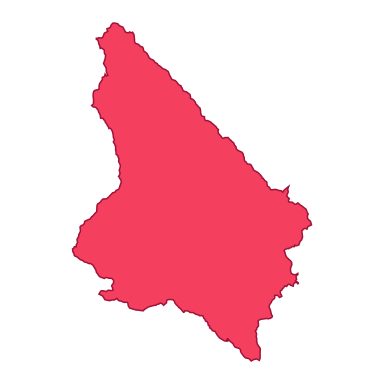 outline of Van Yen, Yên Bái, Vietnam
{"feature_id": "81297802B29692958480362", "entity_name": "Van Yen", "entity_type": "district", "adm_level": 2, "iso_a3": "VNM", "parent_name": "Vietnam", "parent_adm1": "Yên Bái", "projection": "natural_earth1", "projection_center": [104.531, 21.931], "detail": "fine", "context": "isolated", "style": "filled", "palette": "rose", "viewbox_px": 384, "rotation_deg": 0, "n_neighbors": 0, "source": "geoboundaries", "source_scale": "gbopen_adm2", "svg_char_len": 5970}
<svg xmlns="http://www.w3.org/2000/svg" viewBox="0 0 384 384"><path d="M105.2,58.7L103.5,63.5L106.2,68.1L106.3,71.6L107.8,75.4L106.3,75.9L105.1,74.1L104.7,76.0L104.0,76.7L102.3,77.4L102.3,79.6L99.7,83.5L99.1,85.6L99.1,88.9L97.9,89.6L95.0,90.3L93.7,91.4L93.2,93.5L93.1,96.3L93.6,99.9L93.4,103.0L93.6,103.8L91.6,105.5L92.7,106.6L93.8,107.1L94.9,107.1L96.6,108.0L97.2,109.2L98.1,109.9L98.6,112.0L100.1,114.6L100.6,118.2L103.2,118.5L103.8,119.8L104.9,120.6L105.3,122.3L106.7,123.9L107.1,125.0L108.8,127.7L108.9,128.5L109.9,128.2L110.9,128.8L112.2,131.0L113.0,133.8L113.4,137.6L114.5,139.9L113.5,141.3L113.4,142.3L114.7,144.0L115.1,145.6L115.7,146.1L115.5,147.5L115.8,148.4L115.5,149.7L116.1,152.1L116.0,154.0L116.5,154.8L117.5,155.1L118.0,155.6L117.9,156.7L118.9,158.7L118.6,161.5L120.2,164.9L120.3,166.7L119.2,170.4L119.9,172.2L119.9,174.4L118.5,176.5L119.3,177.2L119.7,178.5L120.8,179.5L121.3,182.7L120.7,183.6L119.1,188.6L118.6,189.3L116.2,190.4L114.7,192.3L112.6,192.8L108.9,196.8L106.9,198.5L105.9,198.9L102.9,199.0L101.3,200.6L100.7,201.8L98.4,203.6L97.6,203.9L97.0,205.6L96.7,211.8L95.2,213.1L93.1,215.7L91.7,216.7L90.0,219.1L88.5,219.5L84.8,221.3L84.2,223.6L83.8,224.1L82.8,225.1L81.3,225.5L80.0,227.0L80.5,231.2L78.8,234.6L78.7,236.2L77.0,239.4L77.5,242.6L76.2,245.0L76.3,246.7L74.5,246.7L74.0,247.3L73.9,248.0L72.5,249.0L73.0,252.1L73.9,253.3L74.2,255.2L75.2,256.3L76.5,256.5L80.4,259.7L82.5,260.4L84.6,262.1L86.0,262.2L88.9,263.6L90.7,263.6L93.0,265.2L95.9,270.2L96.5,272.6L97.6,273.6L98.4,275.2L99.9,276.8L104.3,278.5L106.1,277.4L109.2,278.3L111.0,278.2L112.4,279.0L113.6,280.3L113.5,283.1L112.2,284.7L111.7,285.8L111.7,286.4L112.5,287.4L112.5,288.5L113.1,289.5L112.8,290.3L111.9,290.6L108.3,290.2L106.1,291.5L103.2,290.8L101.4,290.8L100.7,291.2L98.9,294.1L102.7,296.0L104.9,299.7L109.6,300.7L112.9,299.8L113.9,300.1L115.8,299.2L116.4,298.5L117.0,298.5L117.9,299.9L119.2,300.8L121.1,301.1L123.8,302.3L127.2,302.4L127.9,303.1L128.2,305.8L128.8,306.5L129.4,307.9L129.9,308.2L136.4,310.1L136.9,309.8L138.2,310.2L143.0,310.8L143.5,310.7L144.2,309.6L148.5,306.9L154.5,305.3L156.1,305.2L157.2,304.3L158.8,304.1L160.2,303.0L162.4,303.9L163.6,305.3L166.5,302.8L166.7,300.6L167.5,299.7L170.6,299.5L173.2,299.8L174.4,301.3L175.0,303.1L176.1,304.5L177.6,305.9L179.1,307.8L180.2,308.3L183.5,312.3L184.1,312.2L184.8,310.9L187.8,310.9L190.3,312.5L193.1,312.6L195.9,314.3L198.4,314.9L199.8,315.8L201.9,315.6L202.8,315.9L204.0,318.5L205.0,319.4L205.5,321.1L206.4,321.2L207.7,322.6L208.4,325.5L209.6,325.9L209.6,327.9L210.7,328.4L212.5,330.7L215.2,331.5L217.3,335.2L219.6,338.0L224.3,340.8L226.8,341.2L228.2,340.8L226.9,339.8L227.3,338.8L227.7,338.6L230.6,341.8L232.9,343.5L233.9,345.5L235.2,347.2L239.4,348.5L239.9,349.0L240.5,349.9L240.5,351.2L241.2,352.8L243.9,356.4L245.5,357.9L249.1,358.7L251.2,361.0L253.6,359.6L256.7,358.9L259.3,360.4L260.1,358.2L260.1,352.0L260.3,349.2L260.1,348.2L257.1,343.8L257.0,342.0L256.6,340.7L256.8,338.7L256.2,336.6L256.6,333.7L255.3,330.7L256.6,329.8L256.8,327.9L258.4,326.2L258.5,324.1L258.0,321.0L259.2,320.0L260.8,319.3L266.6,318.5L268.2,318.8L270.5,318.3L272.1,317.1L272.4,315.9L271.5,314.8L270.4,310.1L269.2,307.1L269.1,306.1L269.7,304.6L271.4,302.2L272.0,300.5L274.3,298.6L274.8,297.4L274.7,295.4L276.9,295.3L277.8,295.5L279.5,297.5L281.8,296.4L281.5,295.1L280.3,293.3L280.4,291.0L282.0,289.8L282.2,288.9L283.4,288.0L284.8,285.9L285.2,285.8L286.3,286.5L287.1,285.9L287.9,284.5L289.8,284.3L290.1,284.4L290.4,285.2L293.2,286.2L293.7,283.8L294.5,282.8L296.3,282.5L297.4,283.1L297.9,283.8L298.4,283.3L298.3,282.9L296.9,281.7L295.8,281.5L295.5,280.8L296.6,279.5L296.0,276.4L297.0,275.1L297.9,274.6L297.8,273.4L296.0,274.5L294.4,274.7L292.5,274.2L291.2,273.2L290.6,271.2L290.5,268.3L291.8,264.8L291.7,262.6L290.7,261.0L286.8,257.4L285.6,255.1L284.8,251.9L284.1,250.5L285.4,249.3L287.6,248.5L288.7,248.7L289.1,248.1L290.6,247.8L292.1,246.6L294.2,246.7L294.6,246.3L294.6,245.1L296.1,245.8L298.8,245.0L300.1,241.4L301.6,239.9L302.6,236.9L301.8,231.0L303.6,229.0L305.0,228.3L307.0,229.1L307.9,226.5L311.5,224.9L310.6,221.7L309.9,220.6L309.0,220.1L307.6,218.6L307.4,215.8L308.2,214.1L307.2,212.4L306.1,209.3L301.5,205.7L300.2,205.0L298.4,203.2L297.5,203.0L296.1,204.2L295.1,204.3L292.1,202.2L288.8,201.9L288.5,200.1L289.2,199.0L289.2,198.4L287.7,197.2L286.7,195.8L288.1,192.4L288.2,191.4L287.7,189.4L288.7,186.4L284.2,190.1L282.8,192.2L282.2,191.4L281.1,190.7L279.9,190.7L275.7,189.4L271.4,189.8L270.5,189.6L269.7,187.8L268.6,186.7L267.3,186.0L266.8,182.2L265.9,181.2L264.8,180.7L263.2,178.3L262.1,178.1L261.8,176.8L260.8,175.3L258.0,172.6L253.2,169.8L253.1,168.4L252.1,167.0L251.3,165.2L250.0,164.2L248.0,164.1L247.0,163.5L245.8,161.7L244.8,161.1L244.4,160.2L244.1,157.2L243.4,155.7L243.1,153.8L241.9,152.2L238.3,150.6L236.4,149.1L236.0,146.8L234.7,145.4L233.5,142.6L232.4,142.0L230.9,140.3L230.0,139.8L228.1,137.5L224.8,137.6L223.2,138.4L222.1,137.8L220.4,135.5L218.4,133.3L218.0,131.4L218.5,129.7L216.5,127.7L216.1,126.8L210.3,121.8L207.6,120.6L205.3,120.6L204.5,118.4L204.5,116.7L202.3,116.2L201.7,115.8L201.3,115.1L200.7,113.1L200.5,110.2L200.0,108.1L198.7,107.1L196.9,104.9L195.9,104.1L195.4,102.3L194.2,100.7L192.8,99.3L190.5,98.4L190.5,96.6L190.0,94.5L186.7,92.0L183.2,90.9L182.0,87.8L181.1,86.9L181.1,85.9L178.7,84.7L177.0,82.4L175.3,80.6L171.8,79.4L169.1,74.1L168.5,72.0L168.0,71.4L165.5,69.6L162.9,68.7L159.7,65.9L158.1,65.1L157.2,63.5L155.4,62.7L153.3,60.1L150.8,59.1L149.3,57.9L147.1,53.5L145.4,52.1L143.9,51.2L143.1,48.0L142.5,47.0L140.7,46.5L138.2,44.2L135.5,43.4L134.5,41.7L134.6,40.3L134.0,34.7L132.6,32.2L131.2,32.8L129.7,31.9L128.2,32.9L125.6,32.2L122.9,27.2L119.2,25.6L118.3,24.2L117.5,23.7L115.6,23.2L113.1,23.0L111.6,24.4L110.0,27.6L106.9,28.8L107.2,30.3L107.8,31.4L104.4,33.1L102.6,37.6L100.4,38.0L98.8,37.7L98.0,38.2L96.3,38.3L96.3,39.2L97.7,40.1L98.4,41.5L98.9,44.1L99.7,45.7L100.2,48.4L101.1,47.9L104.0,49.7L104.2,50.2L104.4,53.1L104.7,54.0L105.6,54.8L105.2,58.7Z" fill="#f43f5e" stroke="#9f1239" stroke-width="1.5"/></svg>